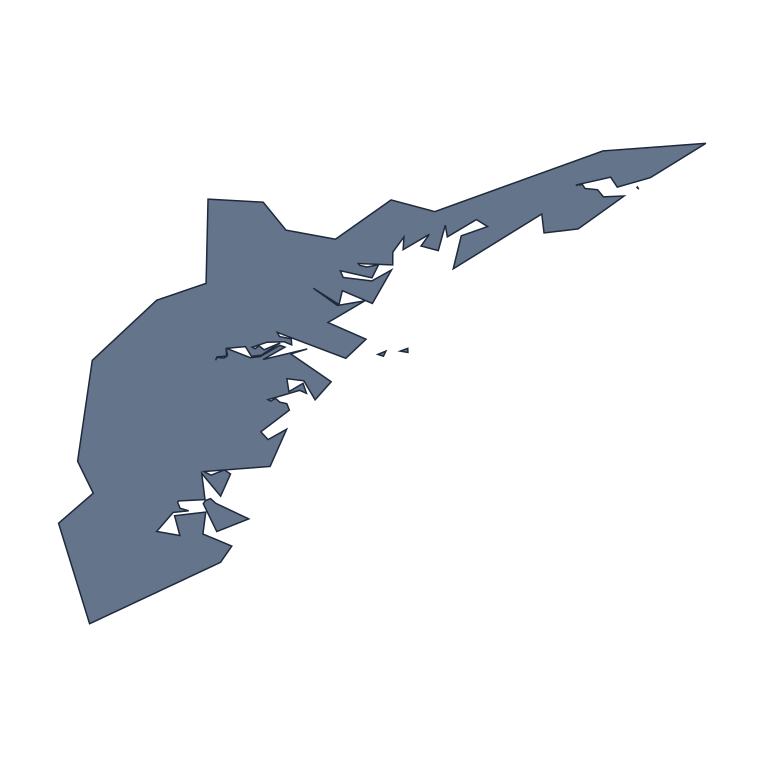 the district of Chimán, Panama, rotated 268°
{"feature_id": "35544464B77080496682008", "entity_name": "Chimán", "entity_type": "district", "adm_level": 2, "iso_a3": "PAN", "parent_name": "Panama", "parent_adm1": "", "projection": "robinson", "projection_center": [-78.645, 8.659], "detail": "medium", "context": "isolated", "style": "filled", "palette": "slate", "viewbox_px": 768, "rotation_deg": 268, "n_neighbors": 0, "source": "geoboundaries", "source_scale": "gbopen_adm2", "svg_char_len": 1970}
<svg xmlns="http://www.w3.org/2000/svg" viewBox="0 0 768 768"><g transform="rotate(268 384 384)"><path d="M574.9,214.6L490.8,209.7L475.7,159.8L417.8,93.3L317.5,75.1L285.0,89.6L256.2,53.9L154.7,81.4L211.5,214.4L227.3,226.2L240.4,197.8L262.2,201.4L259.7,170.1L239.7,174.7L244.6,151.7L263.0,168.8L264.1,184.4L266.9,175.9L273.0,173.6L274.3,174.5L274.7,201.1L300.9,198.7L277.6,216.8L299.4,227.5L303.7,221.5L298.9,208.0L302.8,201.0L305.6,267.3L342.2,285.1L332.5,266.2L340.5,259.2L361.2,288.5L367.7,286.2L369.5,279.2L373.4,275.1L370.8,270.0L372.4,267.5L380.6,299.4L377.4,306.2L387.5,303.1L379.7,288.7L392.7,287.1L390.0,304.0L370.6,314.6L388.1,331.3L417.3,291.9L421.7,308.5L412.7,264.0L424.3,286.3L426.3,281.3L415.7,261.2L414.9,251.5L424.9,228.4L424.0,227.6L418.6,228.6L417.1,227.7L415.5,224.9L416.5,218.2L413.6,216.5L416.9,218.0L417.4,227.6L425.1,227.5L426.2,246.8L416.3,252.5L417.1,262.4L428.7,281.7L422.4,265.4L426.6,260.3L423.7,256.3L425.4,253.5L429.8,268.4L429.7,285.7L426.3,293.1L432.4,292.9L435.0,281.3L439.3,279.1L411.0,346.7L429.4,367.6L447.4,330.1L467.8,367.7L464.1,340.2L482.2,316.7L464.9,341.8L478.7,345.6L464.9,375.2L497.7,395.5L487.4,375.4L491.9,346.9L498.7,344.3L490.5,375.7L503.5,382.8L501.5,371.0L503.4,363.9L505.3,362.5L502.7,396.9L515.5,397.4L530.2,409.0L517.6,407.8L532.0,434.5L520.6,425.8L515.4,442.9L540.6,450.8L528.8,452.4L545.1,482.1L537.7,493.0L529.4,466.4L496.7,457.2L548.4,547.6L529.4,549.2L532.2,583.4L563.5,630.5L563.4,609.8L570.7,604.2L572.4,591.7L576.8,589.0L576.0,587.1L576.6,585.0L575.7,583.8L575.9,583.3L576.3,583.3L582.8,617.7L572.6,624.0L581.0,657.5L613.3,714.1L609.3,610.9L554.5,440.7L567.7,397.5L530.4,340.5L541.2,291.4L569.9,269.6L574.9,214.6ZM253.9,244.1L270.7,211.6L275.5,206.7L273.9,201.6L270.7,199.2L242.4,211.7L253.9,244.1ZM418.8,409.0L416.3,401.4L414.7,409.0L418.8,409.0ZM416.8,387.0L413.8,378.9L411.8,384.4L416.8,387.0ZM569.8,645.4L572.1,644.1L571.7,643.7L569.8,645.4Z" fill="#64748b" stroke="#1e293b" stroke-width="1.5"/></g></svg>